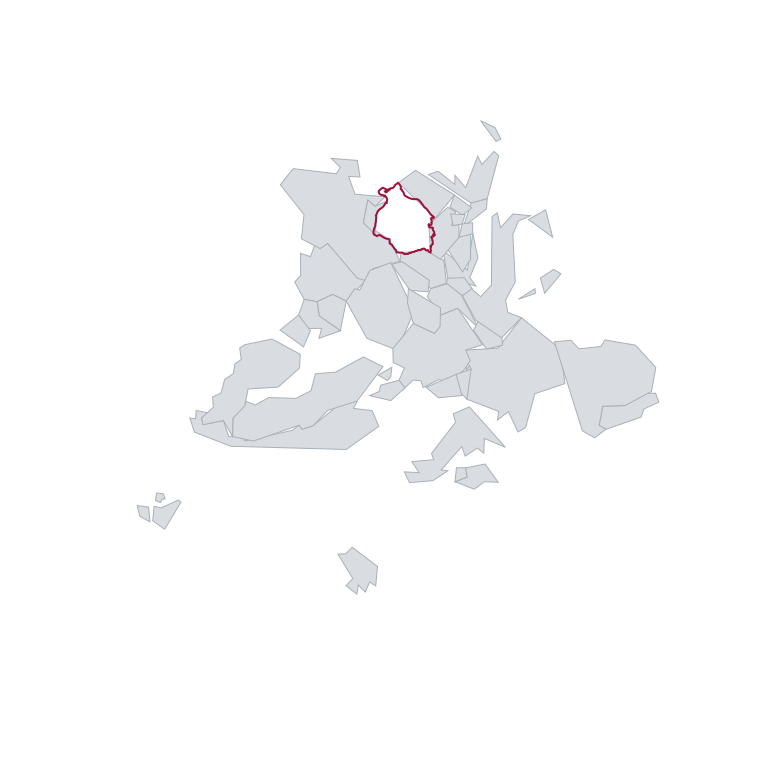 where Romania sits in Europe, rotated 223°
{"feature_id": "ROU", "entity_name": "Romania", "entity_type": "country or territory", "adm_level": 0, "iso_a3": "ROU", "parent_name": "Europe", "parent_adm1": "", "projection": "orthographic", "projection_center": [24.529, 45.967], "detail": "fine", "context": "in_parent", "style": "outline", "palette": "rose", "viewbox_px": 768, "rotation_deg": 223, "n_neighbors": 37, "source": "natural_earth", "source_scale": "50m", "svg_char_len": 10713}
<svg xmlns="http://www.w3.org/2000/svg" viewBox="0 0 768 768"><g transform="rotate(223 384 384)"><path d="M445.4,128.2L459.9,126.2L468.7,137.8L462.5,141.5L455.2,159.0L451.9,159.1L445.4,128.2ZM503.3,236.6L493.1,242.8L494.3,234.9L488.7,230.8L476.5,247.8L461.6,239.5L455.0,249.9L446.8,247.6L419.5,287.6L418.1,295.9L413.0,295.0L407.4,305.1L402.6,339.9L392.1,353.2L389.6,345.4L374.5,356.4L359.0,349.5L366.9,310.4L453.4,234.1L489.8,219.5L502.9,226.7L498.0,230.0L503.3,236.6ZM481.6,126.8L472.3,133.4L461.1,123.6L472.4,120.8L481.6,126.8ZM476.1,149.2L470.3,153.3L465.8,150.7L467.8,148.2L466.5,144.9L471.6,143.0L476.1,149.2Z" fill="#d9dde1" stroke="#a8b0b8" stroke-width="1"/><path d="M312.9,429.4L347.3,464.5L325.2,487.8L328.6,526.2L278.3,529.8L252.0,507.6L267.1,479.8L250.8,448.8L253.3,440.3L274.2,448.7L276.5,435.0L281.4,442.2L312.9,429.4ZM335.1,553.5L343.5,537.7L338.6,556.7L335.1,553.5Z" fill="#d9dde1" stroke="#a8b0b8" stroke-width="1"/><path d="M392.1,353.2L407.1,326.6L407.4,305.1L413.0,295.0L418.1,295.9L440.6,253.2L458.9,242.3L471.1,255.8L472.5,277.5L464.0,280.6L459.1,295.4L438.7,313.3L432.8,329.2L441.1,344.7L427.5,359.6L417.6,389.7L396.6,395.9L392.1,353.2Z" fill="#d9dde1" stroke="#a8b0b8" stroke-width="1"/><path d="M500.1,391.5L518.9,397.7L518.9,406.5L534.2,422.7L524.6,426.9L529.3,438.2L521.0,448.4L468.1,446.9L468.2,418.9L482.7,414.5L489.0,398.5L500.1,391.5Z" fill="#d9dde1" stroke="#a8b0b8" stroke-width="1"/><path d="M563.7,512.6L576.5,513.0L556.0,529.3L542.7,519.0L551.5,511.7L534.6,503.0L510.8,521.7L511.6,507.9L521.3,507.5L509.0,487.8L478.3,493.2L456.0,484.7L470.9,460.8L468.1,446.9L475.8,443.2L521.0,448.4L523.0,439.5L543.4,433.9L558.1,453.4L595.7,459.0L597.3,479.6L562.2,505.2L563.7,512.6Z" fill="#d9dde1" stroke="#a8b0b8" stroke-width="1"/><path d="M468.2,418.9L470.3,433.6L465.8,436.0L471.8,457.4L461.7,477.5L411.6,457.5L400.0,425.2L401.7,416.0L427.7,405.7L468.2,418.9Z" fill="#d9dde1" stroke="#a8b0b8" stroke-width="1"/><path d="M414.9,485.7L405.3,502.2L393.7,503.9L353.3,489.3L381.6,489.6L389.3,473.5L411.9,477.4L414.9,485.7Z" fill="#d9dde1" stroke="#a8b0b8" stroke-width="1"/><path d="M456.0,484.7L460.9,491.3L446.4,509.7L424.5,515.2L407.1,500.3L414.9,485.7L456.0,484.7Z" fill="#d9dde1" stroke="#a8b0b8" stroke-width="1"/><path d="M492.4,487.2L509.0,487.8L521.3,507.5L511.6,507.9L506.9,519.7L505.3,503.7L492.4,487.2Z" fill="#d9dde1" stroke="#a8b0b8" stroke-width="1"/><path d="M489.0,398.5L482.7,414.5L468.2,418.9L452.2,393.2L477.8,389.6L489.0,398.5Z" fill="#d9dde1" stroke="#a8b0b8" stroke-width="1"/><path d="M493.5,376.3L500.1,391.5L489.0,398.5L477.8,389.6L452.2,393.2L462.7,373.1L467.6,382.1L479.7,370.7L493.5,376.3Z" fill="#d9dde1" stroke="#a8b0b8" stroke-width="1"/><path d="M496.8,352.5L493.5,376.3L474.2,372.8L468.2,356.3L496.8,352.5Z" fill="#d9dde1" stroke="#a8b0b8" stroke-width="1"/><path d="M401.7,416.0L403.8,448.3L381.5,455.5L389.3,473.5L381.6,489.6L338.8,479.9L347.3,464.5L336.9,459.9L335.0,448.0L339.7,427.7L346.9,424.8L352.9,408.1L359.4,411.5L365.4,406.7L366.1,395.4L375.5,397.0L380.1,409.6L391.9,406.0L401.7,416.0Z" fill="#d9dde1" stroke="#a8b0b8" stroke-width="1"/><path d="M459.4,535.3L461.8,540.3L510.7,541.0L506.7,561.7L461.3,570.3L459.4,535.3Z" fill="#d9dde1" stroke="#a8b0b8" stroke-width="1"/><path d="M493.0,642.5L477.5,647.2L465.6,642.8L467.5,637.8L493.0,642.5ZM443.6,575.7L494.3,567.5L489.6,576.5L468.2,578.2L474.5,585.0L458.1,583.2L470.9,614.6L462.1,611.3L462.2,629.2L455.8,629.2L434.9,589.9L443.6,575.7Z" fill="#d9dde1" stroke="#a8b0b8" stroke-width="1"/><path d="M443.6,575.7L434.9,589.9L428.5,582.0L433.1,552.9L443.6,575.7Z" fill="#d9dde1" stroke="#a8b0b8" stroke-width="1"/><path d="M409.6,504.8L432.0,522.0L400.7,524.3L421.6,554.6L401.3,540.3L393.9,520.4L383.6,518.3L409.6,504.8Z" fill="#d9dde1" stroke="#a8b0b8" stroke-width="1"/><path d="M355.2,484.4L359.0,498.0L332.5,501.3L323.8,493.1L332.9,479.5L355.2,484.4Z" fill="#d9dde1" stroke="#a8b0b8" stroke-width="1"/><path d="M333.0,447.9L334.1,456.0L330.5,454.3L333.0,447.9Z" fill="#d9dde1" stroke="#a8b0b8" stroke-width="1"/><path d="M337.8,440.3L330.5,454.3L312.9,429.4L331.4,430.3L337.8,440.3Z" fill="#d9dde1" stroke="#a8b0b8" stroke-width="1"/><path d="M351.0,410.2L337.8,440.3L319.2,428.7L334.7,411.1L351.0,410.2Z" fill="#d9dde1" stroke="#a8b0b8" stroke-width="1"/><path d="M190.8,502.2L198.4,500.4L208.9,516.9L193.0,532.7L190.6,551.7L179.1,562.5L170.7,558.2L176.9,542.9L173.4,535.1L190.8,502.2Z" fill="#d9dde1" stroke="#a8b0b8" stroke-width="1"/><path d="M183.3,561.0L193.0,532.7L208.9,516.9L198.4,500.4L190.8,502.2L193.4,488.2L207.0,485.1L288.2,531.1L277.0,543.5L265.6,542.6L251.0,559.3L252.5,566.9L226.5,583.9L196.4,581.4L183.3,561.0Z" fill="#d9dde1" stroke="#a8b0b8" stroke-width="1"/><path d="M267.2,378.3L255.5,394.4L233.4,390.0L243.9,381.1L246.3,368.6L265.4,360.9L259.8,372.6L267.2,378.3Z" fill="#d9dde1" stroke="#a8b0b8" stroke-width="1"/><path d="M360.5,493.2L387.0,502.1L386.6,513.2L372.9,513.8L372.8,529.5L419.1,580.1L417.9,586.5L405.4,577.8L405.6,596.4L391.7,606.9L396.8,594.8L391.7,581.1L357.7,548.3L352.3,528.2L342.3,520.8L328.6,526.2L329.6,498.0L360.5,493.2ZM360.8,606.4L390.5,602.9L384.6,621.6L360.8,606.4ZM328.4,559.9L341.9,568.1L338.1,583.5L329.7,585.2L328.4,559.9Z" fill="#d9dde1" stroke="#a8b0b8" stroke-width="1"/><path d="M375.5,397.0L366.1,395.4L367.7,376.5L386.6,365.7L382.4,375.1L385.6,380.9L375.5,397.0ZM394.4,386.5L389.7,401.6L383.9,393.8L384.0,388.8L394.4,386.5Z" fill="#d9dde1" stroke="#a8b0b8" stroke-width="1"/><path d="M267.2,378.3L259.8,372.6L265.4,360.9L273.9,372.2L267.2,378.3ZM284.4,391.3L283.6,360.2L278.1,364.1L282.3,346.6L298.1,329.3L309.2,333.6L297.9,343.1L310.7,346.2L296.0,362.6L301.9,365.6L305.6,404.7L313.0,409.4L306.0,425.5L252.0,420.5L273.5,412.6L263.9,401.5L272.1,400.8L275.4,386.6L284.4,391.3Z" fill="#d9dde1" stroke="#a8b0b8" stroke-width="1"/><path d="M301.6,228.1L296.2,233.8L295.9,242.9L264.3,246.1L252.4,230.7L259.5,229.4L255.8,219.1L265.7,219.4L260.5,211.8L274.2,210.5L274.2,220.5L301.6,228.1Z" fill="#d9dde1" stroke="#a8b0b8" stroke-width="1"/><path d="M387.0,502.1L407.1,500.3L409.6,504.8L398.0,516.3L384.6,514.0L387.0,502.1Z" fill="#d9dde1" stroke="#a8b0b8" stroke-width="1"/><path d="M494.3,234.9L493.0,250.6L500.5,257.6L497.0,266.3L503.7,278.8L501.2,288.8L506.6,296.9L505.2,304.6L514.0,311.8L512.6,317.9L496.6,340.5L465.5,348.6L456.7,338.1L459.3,309.5L480.0,287.7L470.9,273.1L471.1,255.8L458.9,242.3L476.5,247.8L488.7,230.8L494.3,234.9Z" fill="#d9dde1" stroke="#a8b0b8" stroke-width="1"/><path d="M460.0,476.8L454.3,485.8L421.6,490.7L414.6,481.5L428.8,470.3L460.0,476.8Z" fill="#d9dde1" stroke="#a8b0b8" stroke-width="1"/><path d="M403.8,448.3L422.0,459.2L431.2,470.4L394.6,478.2L382.2,464.3L381.5,455.5L403.8,448.3Z" fill="#d9dde1" stroke="#a8b0b8" stroke-width="1"/><path d="M422.7,552.6L405.8,534.3L403.0,519.5L431.5,526.5L431.3,542.1L422.7,552.6Z" fill="#d9dde1" stroke="#a8b0b8" stroke-width="1"/><path d="M456.4,558.3L461.3,570.3L439.9,572.6L441.9,561.0L456.4,558.3Z" fill="#d9dde1" stroke="#a8b0b8" stroke-width="1"/><path d="M427.8,513.6L439.6,511.7L459.9,531.2L457.9,556.7L449.2,559.0L443.0,546.4L437.8,551.7L429.2,542.5L427.8,513.6Z" fill="#d9dde1" stroke="#a8b0b8" stroke-width="1"/><path d="M436.0,554.3L429.3,562.4L421.6,554.6L429.2,542.5L436.0,554.3Z" fill="#d9dde1" stroke="#a8b0b8" stroke-width="1"/><path d="M440.2,563.3L436.0,554.3L441.4,547.0L451.2,553.8L440.2,563.3Z" fill="#d9dde1" stroke="#a8b0b8" stroke-width="1"/><path d="M506.8,520.1L507.7,521.3L508.9,521.9L511.6,522.5L511.8,522.4L511.6,522.1L511.6,521.9L511.7,521.6L512.0,521.5L512.6,521.8L513.8,521.3L515.4,520.2L516.9,519.9L518.3,520.5L519.0,521.1L519.5,521.7L519.5,522.5L519.4,523.0L519.2,525.1L519.0,525.9L518.6,526.8L514.3,528.1L514.6,527.6L514.4,526.7L514.2,526.1L514.6,525.5L513.6,525.3L513.2,525.7L512.9,526.2L513.2,527.5L512.8,528.3L512.6,528.7L512.7,529.7L512.4,530.1L512.4,530.5L513.1,530.4L512.8,531.2L511.6,532.9L511.1,533.9L511.5,537.6L511.0,539.9L511.0,540.6L509.6,540.6L509.1,540.6L507.8,540.3L506.3,539.8L505.3,538.7L504.7,537.9L503.5,538.3L503.2,538.2L502.9,537.8L501.9,537.6L500.7,537.6L498.1,536.2L497.8,536.0L495.7,536.3L492.6,537.1L490.3,538.1L487.8,539.8L486.8,541.1L485.7,541.8L484.1,542.3L481.1,542.1L478.0,541.5L474.7,540.8L473.0,541.2L470.6,540.9L466.9,540.1L464.3,539.8L461.6,540.2L461.1,539.8L461.1,539.4L461.2,538.8L461.6,538.4L462.2,538.0L462.5,537.7L462.6,537.3L461.9,536.7L460.4,535.8L459.8,535.3L459.7,535.2L459.7,534.7L459.4,534.3L458.8,534.1L458.4,533.6L458.1,532.9L458.2,532.2L458.6,531.6L459.2,531.4L459.9,531.5L460.2,531.3L460.1,530.9L459.4,530.3L458.2,529.6L456.9,529.9L455.6,531.3L454.6,531.5L454.1,530.5L453.1,529.9L451.7,529.7L450.8,529.3L450.5,528.8L449.9,528.3L448.5,527.8L448.5,527.4L449.2,527.3L449.9,527.2L450.0,527.0L450.0,526.8L449.5,526.5L449.0,526.3L448.7,526.1L448.5,525.9L448.5,525.6L448.9,525.5L449.1,525.4L449.2,524.9L449.5,524.5L449.7,524.3L449.7,524.0L449.5,523.7L449.3,523.4L448.8,523.3L447.5,522.8L446.9,522.1L446.5,522.1L445.9,521.7L445.2,521.2L444.6,520.4L444.0,519.9L443.8,519.7L444.0,519.3L444.0,519.1L443.8,518.3L444.0,517.5L444.0,516.8L444.0,516.5L443.9,516.4L443.8,516.5L443.6,516.6L443.4,516.6L443.0,516.1L442.4,515.0L442.1,514.6L441.3,514.0L440.6,513.6L440.2,512.7L439.7,511.9L440.1,511.7L442.0,511.3L442.9,511.8L443.3,511.7L443.7,511.4L443.9,511.1L444.0,510.8L444.2,510.5L444.8,510.4L446.5,510.6L447.2,510.2L447.5,509.9L447.6,509.4L447.8,508.9L448.4,508.7L448.5,508.2L448.4,507.8L448.8,506.7L449.0,506.3L449.3,506.2L449.8,505.9L450.5,505.2L450.4,504.6L450.5,504.2L451.3,503.1L451.9,502.1L451.9,501.6L452.0,501.2L452.5,500.7L453.1,500.1L453.8,498.1L454.1,497.8L454.6,497.4L454.9,497.0L455.0,495.7L455.3,495.3L455.9,494.9L456.5,494.3L457.0,493.5L457.4,493.1L457.9,493.0L458.5,492.7L459.1,492.6L459.6,492.8L460.0,492.7L460.6,492.3L462.0,490.9L462.2,490.6L462.5,490.4L463.7,489.9L464.0,489.4L464.4,488.9L464.9,489.0L466.5,490.1L468.3,490.1L468.7,490.1L468.8,490.1L469.0,490.2L471.3,490.8L471.7,490.8L471.8,490.7L472.8,491.2L473.6,491.1L474.4,490.8L475.2,490.7L476.0,490.9L476.6,491.6L478.1,492.9L478.6,493.5L479.3,493.4L480.0,493.1L480.8,492.2L483.2,491.1L485.0,490.8L486.8,490.4L488.8,490.0L489.4,489.1L489.7,488.5L489.9,487.4L491.0,487.1L492.0,486.9L492.4,486.7L493.2,486.6L493.8,486.7L494.7,487.2L495.3,487.9L495.6,488.4L496.2,489.2L496.8,490.2L497.5,491.6L497.7,492.3L497.9,493.1L498.4,494.0L499.4,495.0L499.5,495.2L500.0,495.9L500.8,497.5L501.5,498.2L502.1,498.8L502.5,499.5L502.9,500.2L503.9,501.0L504.8,501.7L505.5,504.0L506.0,505.0L506.3,505.8L506.3,507.4L506.5,508.0L506.2,509.3L505.6,511.9L505.5,513.9L505.7,514.9L505.8,515.6L505.9,516.1L506.2,517.0L506.2,517.8L506.0,518.0L505.7,518.2L505.5,518.4L505.9,518.7L506.3,519.4L506.8,520.1Z" fill="none" stroke="#9f1239" stroke-width="2"/></g></svg>